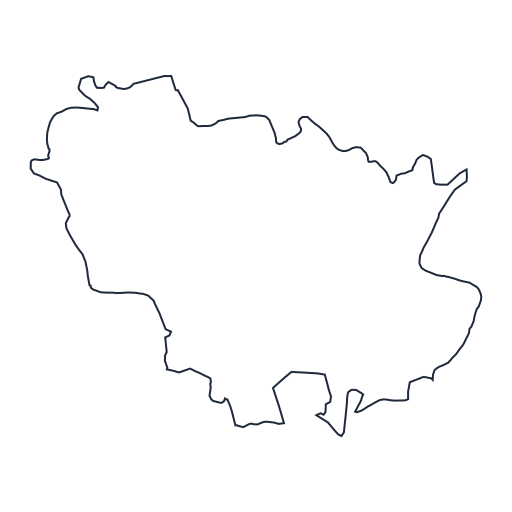 Itay Al-Barud, Al Buhayrah, Egypt
{"feature_id": "37247803B96571076642873", "entity_name": "Itay Al-Barud", "entity_type": "district", "adm_level": 2, "iso_a3": "EGY", "parent_name": "Egypt", "parent_adm1": "Al Buhayrah", "projection": "orthographic", "projection_center": [30.664, 30.886], "detail": "fine", "context": "isolated", "style": "outline", "palette": "slate", "viewbox_px": 512, "rotation_deg": 0, "n_neighbors": 0, "source": "geoboundaries", "source_scale": "gbopen_adm2", "svg_char_len": 5931}
<svg xmlns="http://www.w3.org/2000/svg" viewBox="0 0 512 512"><path d="M179.2,372.4L190.1,368.6L191.9,369.5L195.6,371.4L196.7,371.8L199.6,373.0L200.1,373.3L203.1,374.8L205.1,375.8L208.3,377.2L210.4,378.5L210.9,382.0L210.2,384.1L210.4,385.3L210.7,386.6L210.3,390.9L210.1,391.5L209.8,393.7L209.5,395.8L211.3,399.4L213.1,400.9L217.8,402.1L220.3,402.8L221.8,402.7L223.2,401.8L223.8,401.5L224.6,399.6L225.0,398.5L225.8,399.4L227.3,399.3L230.0,405.4L230.4,406.7L231.9,411.5L235.4,425.4L237.3,425.3L238.2,425.9L243.2,427.1L244.3,426.6L245.3,426.1L249.1,424.1L251.2,423.6L253.2,424.1L255.8,424.4L257.5,424.4L261.7,422.7L263.7,421.9L267.0,421.7L270.1,422.1L274.3,422.6L278.6,423.9L284.0,423.2L278.7,405.3L273.0,388.0L274.6,386.5L277.9,383.5L282.9,379.1L285.3,377.0L291.5,371.9L298.7,372.3L302.8,372.5L317.6,373.4L324.8,374.6L327.0,382.7L328.5,388.6L329.1,390.7L330.2,394.0L331.0,396.5L330.2,401.9L325.8,404.3L325.7,408.2L325.5,412.0L323.6,414.7L320.5,413.3L316.4,415.2L321.6,418.5L327.7,422.2L335.3,431.2L335.8,431.8L338.6,434.7L339.2,434.9L340.4,435.4L341.5,436.0L343.9,432.3L345.3,418.9L345.6,416.3L346.9,403.0L347.2,397.2L347.6,394.5L347.8,393.3L348.4,392.0L351.5,389.8L353.9,389.8L355.5,389.9L356.6,390.2L357.9,391.0L359.8,392.2L361.3,393.0L362.0,393.6L363.2,394.6L362.0,397.0L361.9,397.6L361.1,400.1L360.5,401.7L358.6,405.1L356.8,408.6L355.1,411.7L357.1,412.2L361.7,410.5L365.2,408.3L367.7,406.6L368.2,406.3L370.0,405.4L371.7,404.5L373.3,403.5L375.8,402.1L378.9,400.5L379.7,400.1L383.9,399.3L384.6,399.4L386.5,399.6L391.7,400.4L395.3,400.6L400.3,400.5L405.2,400.4L408.1,399.2L408.1,391.6L409.8,382.2L417.4,379.3L420.4,378.1L422.7,377.2L423.3,376.9L426.3,377.3L426.9,377.4L428.2,377.8L431.1,378.3L432.7,379.9L433.0,374.7L434.6,370.1L437.1,368.0L439.4,366.7L443.4,365.1L446.1,363.7L447.8,363.0L450.5,360.2L451.9,358.3L456.1,354.1L459.7,349.1L462.8,345.2L464.5,342.2L465.9,339.1L467.8,335.6L469.0,332.8L469.6,328.6L471.3,326.8L473.6,321.3L474.6,316.2L475.2,313.8L476.0,311.3L476.9,308.7L478.7,306.6L480.8,300.7L481.3,296.9L480.7,293.8L479.5,291.0L478.4,288.8L476.6,286.9L473.7,285.2L469.6,282.7L467.6,282.3L465.8,281.9L463.0,281.3L459.5,280.4L454.6,278.7L452.1,278.0L450.9,277.6L448.3,276.9L445.9,276.5L443.5,275.8L442.4,276.1L436.5,275.0L425.5,270.6L421.6,268.0L419.4,263.5L419.8,258.1L420.2,255.2L422.0,251.6L423.6,247.6L427.2,241.4L432.0,232.1L435.3,224.2L438.4,217.6L439.1,213.7L443.9,206.3L446.5,202.1L449.0,198.1L450.8,195.4L454.9,189.6L460.9,185.2L466.5,181.2L466.9,177.6L466.6,169.5L463.0,171.4L461.7,172.3L459.6,173.4L450.0,182.4L449.2,183.1L447.5,184.7L441.1,184.7L436.2,184.2L434.1,182.9L433.7,180.2L430.9,159.4L430.6,158.7L429.7,158.2L427.6,156.8L423.7,155.2L422.9,155.0L418.6,157.7L416.6,159.8L415.1,163.6L413.3,166.5L413.0,167.5L412.6,168.7L412.3,170.3L409.0,171.4L407.0,172.3L406.5,172.5L404.2,173.4L401.9,173.6L400.3,174.0L399.6,174.4L397.1,175.3L396.6,175.5L395.9,179.6L395.6,180.2L394.3,182.0L393.0,183.1L390.5,182.2L388.7,177.2L387.6,174.9L386.6,172.6L384.6,170.1L381.7,167.1L380.6,166.2L380.0,165.6L378.2,163.3L376.3,161.7L375.0,161.1L369.9,161.9L368.6,161.7L368.0,159.8L367.7,157.0L367.0,155.4L366.0,153.1L362.1,149.1L360.8,147.7L356.4,147.1L352.3,148.1L349.8,149.6L348.4,150.2L347.8,150.4L345.8,151.0L342.6,151.1L341.6,150.7L338.8,149.7L338.2,149.4L336.3,148.0L334.2,145.4L332.2,142.4L330.3,138.7L328.9,136.5L326.5,133.5L323.7,130.9L320.0,127.5L318.6,126.3L314.8,123.6L312.5,121.6L311.0,120.3L307.6,117.0L305.9,117.0L302.6,116.9L299.9,119.0L299.4,120.0L298.5,121.8L299.5,125.9L300.4,127.5L301.0,128.7L301.0,130.8L299.9,132.6L295.3,136.1L294.5,136.5L291.4,137.9L289.4,138.9L287.6,139.6L286.4,141.5L284.6,141.8L282.3,143.4L279.4,144.1L278.0,143.5L277.1,143.3L276.0,141.5L276.0,138.6L274.4,132.2L272.2,127.1L271.5,125.4L269.2,119.9L265.9,116.6L261.9,115.8L256.7,115.3L251.1,115.6L249.2,115.7L247.4,116.4L245.7,116.8L244.7,117.1L243.7,117.2L229.7,118.5L227.6,118.8L223.3,120.0L219.6,120.7L219.1,120.9L218.0,121.1L217.5,121.9L216.0,123.1L213.9,124.4L211.0,125.6L208.2,126.0L205.1,126.0L204.2,126.0L198.9,126.2L198.0,126.2L196.3,124.9L194.6,123.5L194.3,123.0L190.7,120.7L187.8,108.6L177.9,90.2L177.2,90.4L175.6,89.9L171.2,76.0L164.0,76.1L133.6,83.8L130.9,86.5L130.0,87.3L127.9,88.1L126.1,88.7L123.8,89.0L117.9,88.0L115.8,87.0L115.6,85.9L108.4,82.0L106.2,84.2L105.6,84.8L104.1,87.6L101.4,88.0L100.2,87.9L97.0,87.8L95.2,85.0L95.0,84.3L94.5,82.8L94.1,81.8L93.4,77.3L88.3,76.2L85.3,77.3L84.2,77.7L81.1,78.8L78.5,87.6L79.2,89.7L80.2,90.8L81.6,92.2L83.2,93.9L84.0,94.7L84.8,95.5L87.5,97.3L90.2,99.0L90.9,99.7L91.7,100.3L92.5,101.1L93.8,102.2L94.4,102.7L96.6,105.5L98.0,107.2L97.4,110.4L96.7,110.1L93.3,109.0L90.0,108.8L89.4,108.7L88.3,108.6L79.5,107.7L76.3,107.5L74.3,107.6L71.2,107.7L66.4,109.0L63.9,110.4L61.5,111.7L59.3,112.5L56.9,113.3L53.8,115.9L51.5,119.6L50.0,122.4L49.3,125.0L48.5,127.6L48.0,129.8L47.6,131.2L47.4,132.2L47.1,134.6L47.1,135.2L47.0,137.1L46.9,140.1L47.4,144.3L48.0,146.2L48.6,148.6L49.5,149.3L49.5,151.1L48.1,155.7L48.5,156.9L48.9,158.2L47.8,159.0L43.5,159.9L41.2,160.0L40.2,160.0L38.2,159.8L34.3,159.3L31.7,160.4L30.8,162.1L30.7,168.7L34.0,173.5L37.1,174.6L39.2,175.4L41.4,176.5L46.2,179.0L48.1,179.5L49.0,179.8L51.4,180.6L53.8,181.4L57.1,182.5L58.1,184.4L60.9,189.5L61.3,194.4L62.4,197.2L63.2,199.3L68.3,211.9L69.5,214.3L69.6,216.2L68.6,217.5L67.5,219.8L66.5,221.7L65.8,223.4L66.5,228.5L70.4,236.1L72.2,239.1L72.7,240.0L75.4,244.7L78.8,249.5L82.5,254.2L85.5,261.7L87.3,270.8L87.8,275.9L89.5,285.3L90.7,285.7L90.9,287.7L92.9,289.4L96.7,290.8L97.8,291.2L100.7,292.3L108.4,292.7L111.8,292.7L112.9,292.7L117.4,293.1L121.6,292.9L122.4,292.9L126.5,292.5L131.4,292.6L135.9,292.8L139.6,293.5L143.0,293.8L148.2,295.6L153.7,300.7L154.4,302.6L155.0,304.1L155.9,305.8L157.1,308.4L159.3,312.9L165.6,329.2L171.0,331.7L169.4,335.5L165.2,337.4L166.7,352.1L165.1,355.3L164.9,360.7L166.2,364.5L167.4,367.9L166.8,369.4L173.4,370.8L175.5,371.4L177.3,372.0L179.2,372.4Z" fill="none" stroke="#1e293b" stroke-width="2"/></svg>